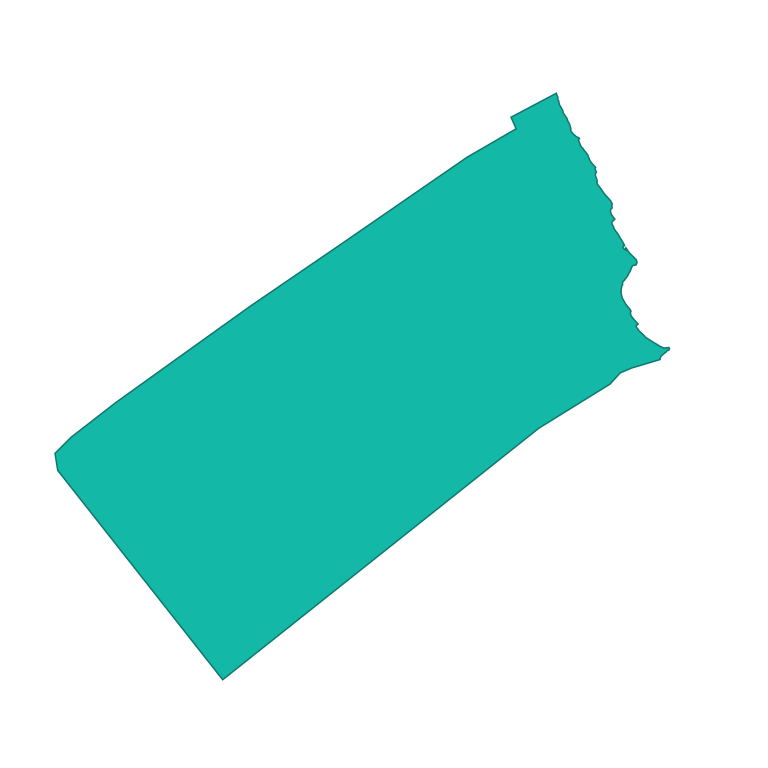 outline of Marsa Matruh, Matruh, Egypt, rotated 53°
{"feature_id": "37247803B7137912263252", "entity_name": "Marsa Matruh", "entity_type": "district", "adm_level": 2, "iso_a3": "EGY", "parent_name": "Egypt", "parent_adm1": "Matruh", "projection": "natural_earth1", "projection_center": [27.133, 30.048], "detail": "fine", "context": "isolated", "style": "filled", "palette": "teal", "viewbox_px": 768, "rotation_deg": 53, "n_neighbors": 0, "source": "geoboundaries", "source_scale": "gbopen_adm2", "svg_char_len": 2767}
<svg xmlns="http://www.w3.org/2000/svg" viewBox="0 0 768 768"><g transform="rotate(53 384 384)"><path d="M530.6,148.8L529.8,148.1L529.1,147.1L528.6,146.2L528.4,144.2L528.3,142.5L528.2,141.4L528.3,139.7L528.0,139.0L527.7,138.3L528.1,137.3L528.3,136.0L528.0,135.2L527.6,134.8L526.8,134.5L526.3,134.5L526.0,135.3L525.1,136.4L524.8,136.8L524.5,137.8L523.9,138.6L523.2,139.2L522.2,139.6L520.6,140.6L519.0,141.3L516.8,142.1L514.6,143.0L511.7,144.2L509.4,145.0L506.6,146.1L503.9,147.1L502.5,147.1L501.1,147.2L499.4,147.6L497.3,147.9L495.3,148.3L493.8,148.2L492.1,148.1L491.0,148.2L490.2,148.2L489.3,147.7L489.0,146.7L489.0,146.2L489.2,145.5L489.0,144.9L486.3,145.3L481.0,145.6L477.9,145.6L476.1,144.7L475.2,144.1L474.5,142.9L472.4,142.6L465.7,142.9L459.0,142.0L454.5,140.2L451.0,137.5L448.8,135.1L448.6,134.5L448.5,133.9L447.5,133.1L446.2,132.1L446.1,130.9L445.8,130.2L445.9,129.5L445.3,128.7L445.3,127.3L444.9,126.6L444.5,125.4L444.4,124.5L443.6,123.1L443.1,122.0L442.5,120.5L442.2,119.6L441.5,118.6L440.2,116.5L439.7,115.6L439.3,114.7L439.3,113.7L439.7,112.8L440.6,111.1L440.0,109.9L439.0,108.6L436.6,107.7L434.5,108.1L431.9,108.3L431.5,108.6L429.9,108.6L427.6,109.1L425.9,109.1L424.0,109.1L422.7,108.9L421.7,108.8L421.0,108.8L420.8,109.1L421.5,109.5L423.2,109.8L422.9,110.2L422.0,110.2L421.0,111.0L420.0,110.9L419.2,111.0L418.2,110.5L417.8,109.9L417.9,109.3L418.4,108.7L416.9,108.2L416.3,108.4L416.1,108.1L412.4,107.7L408.6,107.4L405.2,106.9L404.7,106.8L401.5,106.9L399.1,106.8L397.5,106.4L396.1,105.9L395.0,105.9L393.8,105.6L392.7,105.2L391.8,104.3L391.4,103.3L391.7,102.5L391.3,101.3L391.4,100.7L391.1,100.3L389.5,100.5L387.7,100.4L385.5,100.3L384.1,99.9L382.5,99.4L381.1,98.0L380.7,97.3L380.9,96.3L380.4,95.6L379.0,95.0L378.0,94.0L377.7,93.4L377.0,93.2L376.0,93.1L374.9,92.8L371.9,92.9L369.5,93.1L365.6,93.5L364.1,93.5L361.6,93.4L357.8,93.2L355.1,93.3L353.7,93.4L352.8,93.3L351.6,92.9L350.2,91.6L347.7,90.5L346.1,90.2L344.4,89.5L343.3,88.7L343.1,88.0L342.8,87.3L342.6,86.8L341.6,86.7L339.8,86.1L338.6,85.5L338.5,84.8L338.0,84.6L334.3,85.1L331.9,85.2L329.8,85.0L327.5,84.6L325.7,84.0L323.9,83.4L322.0,83.4L320.4,83.3L318.8,83.5L316.6,83.5L315.6,83.3L314.1,83.7L312.1,83.6L309.7,82.9L306.9,82.1L306.0,81.5L305.7,80.6L305.5,80.1L304.5,80.3L302.5,81.5L298.3,82.4L294.4,82.5L292.7,81.2L288.0,79.3L284.4,78.9L282.5,78.1L279.3,77.9L277.5,77.8L275.6,77.7L274.2,77.3L273.4,76.6L270.6,76.4L269.5,76.0L266.9,75.9L265.7,75.4L265.4,75.2L263.9,74.7L263.2,74.1L262.4,74.1L261.2,74.0L259.9,72.7L258.4,72.2L256.6,71.9L255.5,71.4L247.4,122.0L259.7,124.9L252.9,181.0L246.4,335.9L241.4,443.0L238.9,545.0L237.4,609.2L238.2,665.9L241.4,688.5L256.7,696.6L523.1,690.8L512.5,286.8L520.1,203.4L517.3,188.8L520.0,177.4L530.6,148.8Z" fill="#14b8a6" stroke="#0f766e" stroke-width="1.5"/></g></svg>